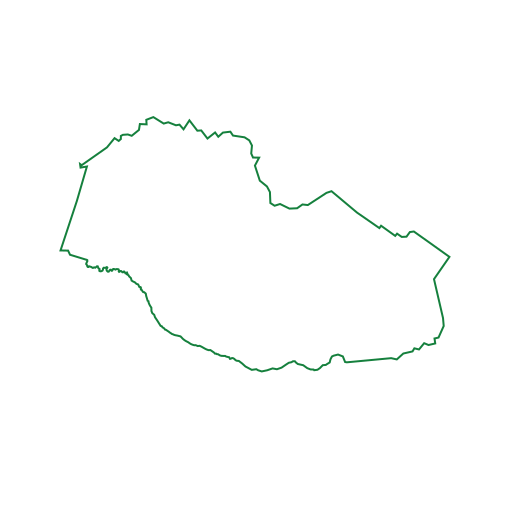 the district of El Dorado, California, United States of America, rotated 36°
{"feature_id": "52423323B41898924582889", "entity_name": "El Dorado", "entity_type": "district", "adm_level": 2, "iso_a3": "USA", "parent_name": "United States of America", "parent_adm1": "California", "projection": "albers", "projection_center": [-120.618, 38.785], "detail": "fine", "context": "isolated", "style": "outline", "palette": "green", "viewbox_px": 512, "rotation_deg": 36, "n_neighbors": 0, "source": "geoboundaries", "source_scale": "gbopen_adm2", "svg_char_len": 3625}
<svg xmlns="http://www.w3.org/2000/svg" viewBox="0 0 512 512"><g transform="rotate(36 256 256)"><path d="M443.8,196.3L413.6,170.1L413.0,143.0L369.3,143.4L366.4,146.2L366.4,151.9L362.7,154.9L357.0,155.0L356.8,157.9L339.4,158.0L339.4,160.9L312.2,161.5L279.0,159.2L275.9,163.5L268.0,184.3L263.3,187.0L261.2,193.2L255.2,198.0L244.9,199.8L241.5,204.4L236.5,204.7L229.7,196.1L224.0,193.3L214.8,192.8L202.0,183.5L200.7,174.6L195.7,178.1L191.9,175.9L187.8,169.0L182.6,166.4L177.0,166.7L166.6,172.1L162.2,170.5L156.7,175.6L155.4,181.7L150.3,180.1L147.7,189.5L137.9,186.6L134.9,189.1L122.4,185.4L122.9,196.1L116.9,194.7L114.4,197.3L106.4,199.4L103.5,203.1L92.2,203.9L91.3,204.0L87.2,210.3L90.1,213.8L84.5,217.5L87.2,222.8L84.8,231.8L80.9,233.0L77.1,236.2L76.1,238.3L77.9,240.8L77.3,243.6L72.3,243.8L71.6,255.7L61.6,285.0L59.6,285.0L62.1,287.6L66.6,283.0L78.7,316.7L94.6,366.4L100.8,362.1L104.8,364.3L120.8,358.8L121.1,358.6L121.9,358.5L122.6,359.3L122.7,360.1L123.0,361.2L123.0,361.6L123.3,362.3L124.0,362.5L125.4,363.1L125.7,363.6L126.5,363.7L126.9,363.4L127.1,362.4L128.0,362.1L128.9,361.8L129.6,361.6L130.5,361.7L131.1,361.5L131.7,360.3L132.8,360.0L133.3,358.4L133.4,357.8L134.0,357.4L134.5,357.7L135.8,358.6L136.4,358.5L136.9,358.4L137.5,359.0L137.6,359.6L138.0,360.1L138.5,360.1L139.5,359.6L140.1,358.7L140.4,358.0L140.1,356.8L139.6,356.0L139.7,355.0L140.4,354.6L141.4,353.8L141.6,352.9L142.2,352.6L142.6,352.8L142.7,353.8L142.6,354.3L143.2,355.1L144.1,355.6L145.2,355.8L146.0,355.3L146.0,354.6L146.0,353.3L146.1,352.9L146.5,352.5L147.2,352.8L148.1,352.7L148.3,352.0L148.0,351.4L148.1,350.5L148.6,350.1L149.3,349.8L150.3,349.6L150.7,348.7L151.3,348.3L151.9,347.9L152.6,347.6L153.2,347.9L153.8,348.4L153.9,349.0L154.6,349.3L154.9,348.8L155.1,347.9L155.9,347.4L157.5,347.7L158.1,347.2L158.1,346.8L158.3,346.1L158.9,346.1L160.4,346.7L161.3,345.2L162.1,345.7L161.9,345.8L162.2,346.7L164.2,346.5L165.4,347.1L166.4,347.2L167.8,347.4L169.8,349.0L171.4,348.9L173.4,348.5L175.6,348.8L177.4,348.3L179.8,349.6L180.9,349.0L181.8,349.5L181.7,349.9L182.6,350.8L183.9,350.7L185.0,351.3L186.0,351.5L186.8,351.0L188.9,351.2L190.8,353.0L192.7,354.4L194.6,355.9L195.6,355.8L196.5,356.8L198.3,357.9L199.8,358.6L201.7,359.3L203.8,362.0L205.7,363.2L208.2,363.4L210.3,364.9L213.9,366.2L217.4,367.6L219.9,368.6L221.1,368.2L222.3,368.7L223.8,368.5L224.8,368.7L225.8,369.0L226.7,368.6L228.5,368.6L229.9,368.5L231.2,368.6L232.2,368.5L233.8,368.5L235.1,368.1L236.2,367.9L237.3,367.5L239.2,366.6L240.7,366.0L242.2,365.4L244.0,365.7L245.5,366.0L247.7,366.1L249.4,366.0L250.7,365.8L252.0,365.6L253.5,365.6L255.0,365.5L256.7,365.1L258.5,364.5L259.6,363.6L261.8,363.1L263.2,361.8L265.2,361.4L267.0,361.2L268.9,361.0L270.8,360.7L272.9,360.1L274.4,358.9L278.7,358.8L280.3,359.1L281.1,358.4L282.0,358.4L283.0,357.8L284.2,357.7L285.4,357.6L286.9,357.0L288.2,356.1L289.7,355.0L291.0,354.9L292.7,354.2L293.9,353.7L294.6,354.1L295.4,354.5L295.9,354.0L296.6,352.6L297.7,352.1L299.0,352.0L300.7,352.3L302.1,352.0L303.8,351.0L308.0,351.1L312.4,351.6L319.5,350.6L322.8,347.4L324.9,347.2L328.5,346.0L332.2,341.9L335.5,337.2L339.5,335.3L342.3,331.3L344.2,326.0L345.3,323.1L347.1,321.1L347.8,319.4L349.4,318.3L351.0,318.7L353.3,318.8L358.4,316.6L363.4,316.6L366.8,315.7L368.3,314.7L369.3,314.0L370.2,314.2L372.6,311.9L373.6,309.1L374.2,305.1L376.5,303.1L376.9,301.9L378.2,298.8L377.0,295.9L376.5,292.7L377.4,291.0L380.3,287.5L385.3,286.2L390.4,289.4L392.0,288.6L425.4,259.2L430.7,256.9L432.5,248.3L438.7,241.2L438.4,237.6L442.8,235.8L443.3,227.7L447.9,226.6L452.4,221.4L448.9,217.8L451.6,214.7L449.0,202.3L443.8,196.3Z" fill="none" stroke="#15803d" stroke-width="2"/></g></svg>